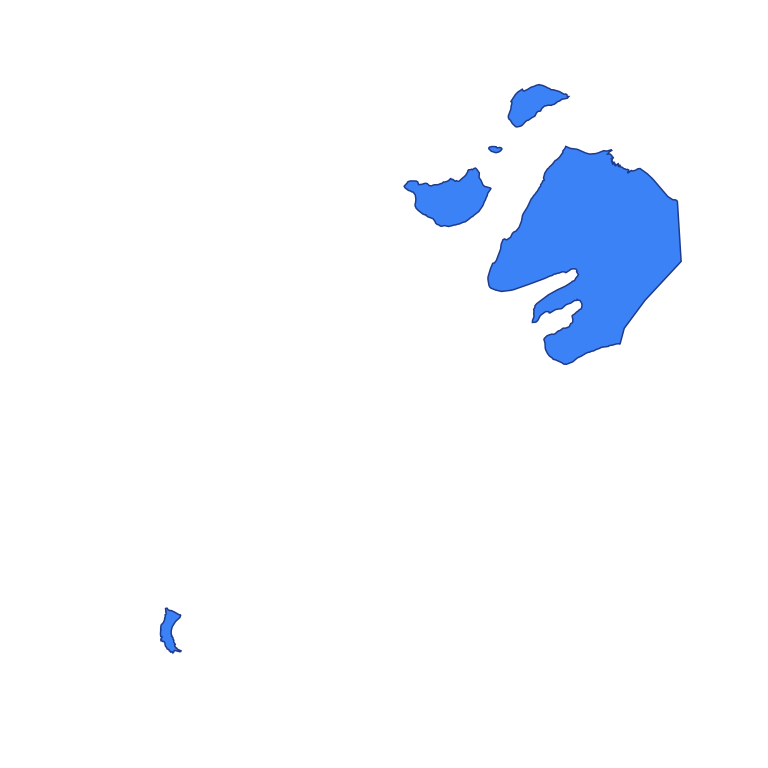 Buton Selatan, Sulawesi Tenggara, Indonesia (Equal Earth projection), rotated 47°
{"feature_id": "22746128B94245100908076", "entity_name": "Buton Selatan", "entity_type": "district", "adm_level": 2, "iso_a3": "IDN", "parent_name": "Indonesia", "parent_adm1": "Sulawesi Tenggara", "projection": "equal_earth", "projection_center": [122.673, -5.852], "detail": "fine", "context": "isolated", "style": "filled", "palette": "blue", "viewbox_px": 768, "rotation_deg": 47, "n_neighbors": 0, "source": "geoboundaries", "source_scale": "gbopen_adm2", "svg_char_len": 6048}
<svg xmlns="http://www.w3.org/2000/svg" viewBox="0 0 768 768"><g transform="rotate(47 384 384)"><path d="M449.5,44.7L448.1,45.3L446.2,47.1L440.5,48.6L417.6,47.6L409.6,48.1L401.0,49.8L399.7,51.7L399.3,54.0L397.7,57.1L396.7,57.3L396.6,58.2L396.2,58.4L396.4,60.1L396.0,61.6L395.2,61.3L395.0,60.1L394.6,59.3L394.2,59.1L393.1,59.6L392.2,60.8L391.4,60.8L390.1,61.7L387.9,62.0L385.6,63.5L385.2,62.2L384.5,62.5L384.4,63.8L382.6,62.5L382.4,63.0L382.5,64.8L381.4,65.0L382.2,65.7L382.1,66.0L381.8,66.1L380.2,64.8L379.7,65.3L379.3,66.8L378.6,66.5L379.2,65.3L378.9,64.5L377.3,65.9L376.9,65.3L376.4,65.7L376.1,65.6L376.0,64.7L375.3,63.8L374.6,64.1L375.1,62.6L374.8,61.9L374.0,61.9L373.5,62.4L372.3,61.6L369.8,61.9L368.4,63.7L367.9,61.1L368.5,58.1L367.6,58.1L365.7,62.1L363.2,64.2L361.0,69.9L359.8,72.1L356.1,76.8L352.7,78.9L344.1,82.6L338.8,87.0L334.2,89.0L335.2,91.3L335.4,93.9L337.0,95.9L336.8,96.1L337.8,100.9L337.8,104.9L337.3,106.4L338.1,111.0L338.1,115.1L338.4,115.6L338.2,117.7L339.4,122.5L342.0,126.7L342.9,127.3L343.8,127.3L344.2,127.9L343.7,129.6L344.4,130.4L345.2,133.7L346.2,134.5L346.2,136.0L347.7,140.8L347.6,141.7L348.2,143.8L348.3,146.4L348.8,147.5L349.0,149.9L352.5,158.7L354.3,165.6L355.2,167.8L358.6,172.3L361.5,178.2L362.2,183.1L361.3,185.8L361.5,187.6L363.0,191.4L362.3,195.9L360.0,197.0L359.6,198.6L361.7,203.0L364.8,206.6L370.3,217.7L370.8,220.8L370.0,221.8L370.0,222.4L372.3,227.5L376.7,235.0L378.5,236.7L383.0,239.7L384.9,240.5L386.9,240.4L391.2,238.4L396.4,235.0L402.0,227.3L403.2,225.3L409.4,211.2L416.4,194.5L418.3,188.7L419.0,187.7L419.4,186.6L419.7,184.4L420.8,183.2L421.1,181.8L422.3,180.3L423.4,177.3L425.0,175.6L426.4,175.2L426.9,174.4L426.8,173.8L427.4,170.9L427.5,169.2L428.7,167.1L430.8,165.3L432.2,165.3L433.1,165.9L433.2,166.6L436.5,167.2L437.1,168.9L437.3,171.1L438.3,174.2L437.3,176.4L437.5,177.3L436.2,184.5L433.4,192.9L430.9,203.0L429.4,217.4L429.7,220.2L430.7,221.2L431.6,223.8L432.6,224.3L434.9,226.7L437.0,228.3L438.8,232.0L440.2,233.5L442.0,231.2L442.5,230.1L442.3,227.8L440.7,223.5L440.6,221.9L441.2,217.0L441.7,215.9L443.5,214.2L444.6,214.7L445.2,214.2L446.5,207.9L448.1,205.3L449.8,203.1L450.1,202.0L450.1,197.8L450.5,195.9L452.2,192.2L452.9,187.7L454.3,186.0L453.9,185.1L454.9,185.0L456.6,183.7L459.9,184.4L461.6,185.6L463.5,188.3L462.9,190.6L463.0,192.4L462.7,194.2L462.8,196.8L462.3,199.6L462.9,200.3L465.8,202.0L467.2,203.5L467.6,204.4L467.2,206.3L468.4,209.5L467.2,212.7L465.2,215.2L465.0,218.4L464.0,220.7L463.9,224.8L463.5,225.9L461.9,227.3L460.4,230.5L459.9,232.2L460.0,235.6L460.5,236.7L463.7,238.2L468.0,241.8L469.4,242.5L473.3,243.6L476.3,243.9L480.0,243.2L481.4,243.4L483.1,242.2L489.7,239.4L492.2,238.9L494.0,237.1L496.5,230.9L496.8,224.8L498.2,220.6L499.3,215.1L500.3,212.7L501.0,211.9L501.4,210.2L502.8,208.0L503.5,205.2L505.1,201.7L505.1,200.9L505.6,199.7L509.5,194.3L509.4,193.7L510.2,192.0L511.5,190.2L513.0,187.0L515.0,184.4L515.6,184.3L515.6,183.9L507.1,170.3L500.8,136.0L497.0,83.1L450.8,45.1L449.5,44.7ZM290.3,169.7L288.5,169.8L287.8,171.1L287.6,173.1L286.8,173.3L286.1,174.8L285.1,175.9L285.1,177.0L285.9,178.0L287.0,181.8L287.1,184.0L286.9,186.1L286.9,190.6L286.7,191.1L286.1,191.7L284.6,192.4L284.4,193.6L281.2,194.1L280.7,194.9L280.0,195.2L279.3,195.0L279.1,195.4L279.3,197.1L279.1,198.9L277.8,201.9L276.8,202.7L276.7,205.1L275.9,206.2L275.3,208.2L272.3,211.8L271.5,214.2L269.6,215.6L267.1,215.7L266.0,216.3L265.1,217.3L263.7,220.3L261.7,222.7L259.3,221.5L257.5,222.0L253.4,226.3L252.4,228.5L252.8,230.4L253.1,234.4L255.0,234.8L259.1,234.1L260.9,233.0L262.3,232.7L263.6,231.8L267.0,232.2L270.3,234.4L272.6,236.9L273.9,238.9L275.3,240.0L276.2,240.1L277.1,240.6L280.1,240.6L286.1,239.7L287.9,238.9L288.9,237.9L289.4,238.3L291.8,237.8L296.5,235.4L300.3,235.9L301.4,236.5L303.6,236.3L305.0,235.4L306.4,235.2L307.7,234.6L309.5,231.6L312.8,229.4L315.1,225.4L315.3,224.4L316.4,223.4L317.3,221.3L318.5,219.4L319.6,215.9L320.8,214.0L321.3,210.1L321.5,206.3L322.0,204.7L321.9,203.3L322.5,196.9L320.9,189.9L319.2,186.5L318.3,183.7L317.8,183.1L316.7,180.2L315.3,178.1L314.2,173.1L313.9,172.5L313.2,172.5L308.0,175.7L305.7,175.8L301.0,174.1L297.9,173.7L294.6,170.3L290.3,169.7ZM300.0,55.1L299.8,52.8L298.9,53.7L298.4,53.8L297.1,52.9L295.8,53.3L294.9,54.7L289.8,56.2L284.6,59.3L282.8,61.0L280.7,61.5L279.2,62.3L276.7,63.1L273.6,64.5L272.1,65.8L271.4,65.9L270.7,66.6L269.3,69.1L268.8,70.9L267.2,74.1L266.5,78.0L265.3,81.7L264.7,82.2L262.7,81.8L261.8,86.9L261.9,90.3L263.8,98.0L264.0,98.4L264.3,98.0L264.7,98.0L266.0,99.1L267.6,101.7L269.4,103.6L272.7,110.2L273.8,111.2L275.2,111.9L277.3,111.7L281.0,112.5L285.3,112.3L285.9,112.1L287.0,111.0L288.7,108.0L289.0,106.3L288.6,101.5L288.9,99.4L289.5,98.6L290.2,93.7L291.0,91.0L289.6,87.3L289.7,85.4L290.9,83.8L291.1,83.1L290.5,81.9L290.1,80.3L290.2,76.9L291.1,75.7L292.0,73.8L294.4,71.5L294.7,70.1L295.5,68.8L295.9,66.0L295.8,64.7L296.8,62.5L297.1,59.7L300.0,55.1ZM415.5,697.1L415.6,692.5L414.5,690.5L413.9,690.4L413.5,691.0L407.2,693.0L404.5,694.1L403.6,695.2L401.7,695.9L400.2,695.5L399.3,696.4L399.2,696.9L401.6,698.6L401.7,699.0L402.8,699.4L403.5,700.1L403.8,700.9L403.5,701.4L405.0,702.7L405.6,704.1L406.5,704.8L408.0,708.1L408.2,711.1L408.7,712.0L410.8,714.4L411.6,714.6L411.5,714.9L414.3,717.9L416.4,719.5L417.2,718.7L417.7,718.9L418.4,720.6L418.3,721.2L419.6,722.2L420.1,721.3L421.1,721.7L422.4,720.5L424.5,721.1L425.1,721.8L426.7,722.6L428.9,722.8L429.8,723.3L431.5,722.4L432.7,723.0L433.3,722.6L434.5,722.9L434.9,722.7L435.0,721.9L435.7,721.5L436.7,721.8L436.5,720.2L436.0,719.4L436.3,718.6L440.6,715.9L441.0,715.1L440.7,714.4L438.1,715.6L436.1,716.0L435.7,715.8L435.6,716.2L432.9,715.8L432.1,715.0L432.3,714.5L432.1,714.2L429.3,713.8L428.0,712.4L426.6,712.3L425.9,711.5L424.4,711.2L423.8,711.5L423.4,710.8L422.1,710.3L420.8,709.4L419.2,707.7L417.1,704.4L415.7,699.1L415.5,697.1ZM292.3,137.3L291.1,137.3L290.1,137.9L288.4,140.2L286.9,140.2L284.3,142.7L283.5,143.6L283.4,144.2L282.7,145.3L282.9,146.5L283.5,146.9L287.0,146.8L291.2,144.4L292.6,141.8L293.0,139.7L292.7,137.8L292.3,137.3Z" fill="#3b82f6" stroke="#1e3a8a" stroke-width="1.5"/></g></svg>